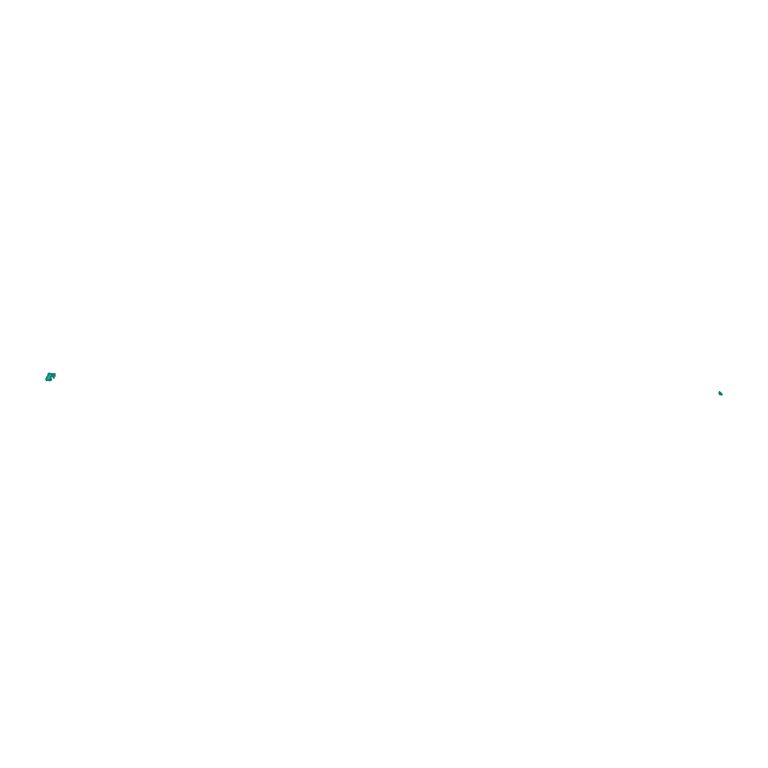 outline of Vitória, Brazil
{"feature_id": "56859067B27737346695326", "entity_name": "Vitória", "entity_type": "district", "adm_level": 2, "iso_a3": "BRA", "parent_name": "Brazil", "parent_adm1": "", "projection": "natural_earth1", "projection_center": [-37.558, -20.378], "detail": "fine", "context": "isolated", "style": "filled", "palette": "teal", "viewbox_px": 768, "rotation_deg": 0, "n_neighbors": 0, "source": "geoboundaries", "source_scale": "gbopen_adm2", "svg_char_len": 1738}
<svg xmlns="http://www.w3.org/2000/svg" viewBox="0 0 768 768"><path d="M46.6,380.4L47.1,380.2L47.4,380.2L47.7,380.1L48.0,380.1L48.5,380.0L48.8,380.2L49.0,380.1L49.1,380.3L49.2,380.5L49.5,380.3L49.6,380.1L49.9,380.0L50.1,380.1L50.3,380.2L50.5,380.3L50.6,380.0L50.9,380.1L51.1,380.0L51.3,379.9L51.2,379.5L51.2,379.2L51.3,379.1L51.1,378.9L50.9,379.0L50.6,379.0L50.5,378.9L50.5,378.6L50.5,378.2L50.7,377.8L50.5,377.6L50.5,377.4L50.6,377.1L50.7,376.9L50.9,376.7L51.0,376.6L51.2,376.4L51.4,376.2L51.6,376.1L51.8,376.0L52.1,375.9L52.4,375.9L52.6,376.0L52.7,376.3L52.8,376.5L53.0,376.8L53.0,377.1L53.2,377.3L53.4,377.6L53.7,377.9L54.0,377.8L53.9,377.2L53.9,376.6L54.1,376.2L54.1,375.9L54.3,375.7L54.5,375.2L54.7,375.3L54.6,375.1L54.5,374.9L54.7,374.6L54.9,374.4L55.0,374.1L54.7,373.9L52.2,373.9L51.9,373.9L51.9,374.2L52.2,374.3L52.1,374.5L52.2,374.8L52.1,375.0L52.0,374.8L51.8,374.5L51.6,374.3L51.5,374.0L51.3,374.0L51.0,374.0L50.7,374.0L50.4,373.9L50.0,373.8L49.9,373.4L49.6,373.2L49.4,373.3L49.2,373.4L49.2,373.7L49.1,373.8L48.9,373.7L48.7,373.8L48.3,373.9L48.1,374.1L48.2,374.4L48.2,374.7L48.1,375.1L48.1,375.5L47.9,375.7L47.8,376.0L47.6,376.3L47.4,376.6L47.2,376.8L47.0,377.1L46.8,377.3L46.7,377.6L46.6,377.9L46.5,378.1L46.3,378.4L46.1,378.7L46.1,379.0L46.1,379.6L46.4,379.9L46.5,380.1L46.6,380.4ZM721.9,394.3L721.8,394.1L721.6,393.9L721.5,393.7L721.3,393.4L721.2,393.3L720.7,393.1L720.6,392.8L720.4,392.6L720.2,392.5L720.0,392.3L719.8,392.1L719.6,391.9L719.4,392.1L719.2,392.5L719.2,392.8L719.2,393.1L719.2,393.5L719.3,393.7L719.5,393.9L719.8,394.1L720.0,394.4L720.0,394.6L720.4,394.6L720.6,394.5L720.9,394.4L721.1,394.3L721.3,394.4L721.5,394.7L721.8,394.8L721.8,394.5L721.9,394.3Z" fill="#14b8a6" stroke="#0f766e" stroke-width="1.5"/></svg>